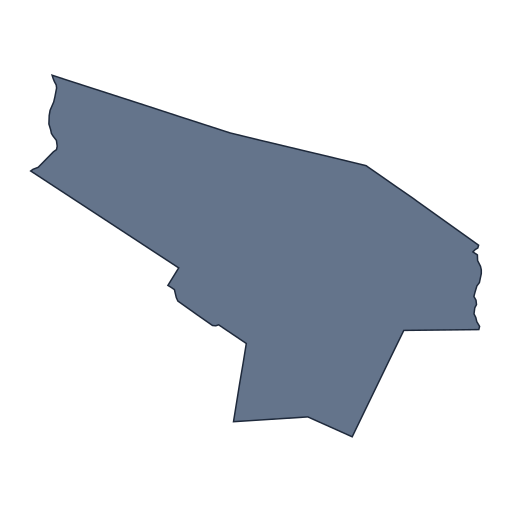 outline of Governador Dix-Sept Rosado, Rio Grande do Norte, Brazil
{"feature_id": "56859067B58375140928534", "entity_name": "Governador Dix-Sept Rosado", "entity_type": "district", "adm_level": 2, "iso_a3": "BRA", "parent_name": "Brazil", "parent_adm1": "Rio Grande do Norte", "projection": "robinson", "projection_center": [-37.543, -5.403], "detail": "fine", "context": "isolated", "style": "filled", "palette": "slate", "viewbox_px": 512, "rotation_deg": 0, "n_neighbors": 0, "source": "geoboundaries", "source_scale": "gbopen_adm2", "svg_char_len": 979}
<svg xmlns="http://www.w3.org/2000/svg" viewBox="0 0 512 512"><path d="M53.4,151.8L38.2,167.3L33.0,169.3L30.7,171.0L178.7,267.9L167.9,285.4L170.4,286.9L174.4,289.6L176.3,297.6L177.9,301.1L197.6,315.1L212.5,325.5L215.8,325.8L218.6,324.8L246.3,343.5L243.2,362.7L239.7,383.2L233.5,421.7L307.8,416.9L352.2,436.8L363.8,412.8L388.5,361.8L403.8,330.4L478.8,329.6L479.6,326.4L476.8,321.7L475.8,317.5L474.0,313.9L474.8,307.8L476.5,304.6L476.0,300.2L473.9,296.5L474.9,292.6L476.9,285.9L479.4,282.6L481.3,273.6L481.3,269.9L480.5,266.3L477.6,260.6L477.4,254.9L472.9,251.9L475.3,249.5L477.8,248.0L478.6,245.2L417.1,201.3L413.8,198.8L396.4,186.8L374.2,171.3L368.4,167.3L366.2,165.7L333.3,157.7L259.9,140.2L230.0,132.9L179.6,116.6L143.2,104.7L66.7,80.0L52.1,75.2L53.1,78.4L54.4,81.6L56.2,84.9L56.6,88.0L54.9,96.9L53.7,102.0L50.1,110.3L49.2,115.5L48.9,124.0L50.7,129.9L51.4,133.4L53.0,136.0L56.4,140.4L57.2,146.2L56.5,149.6L53.4,151.8Z" fill="#64748b" stroke="#1e293b" stroke-width="1.5"/></svg>